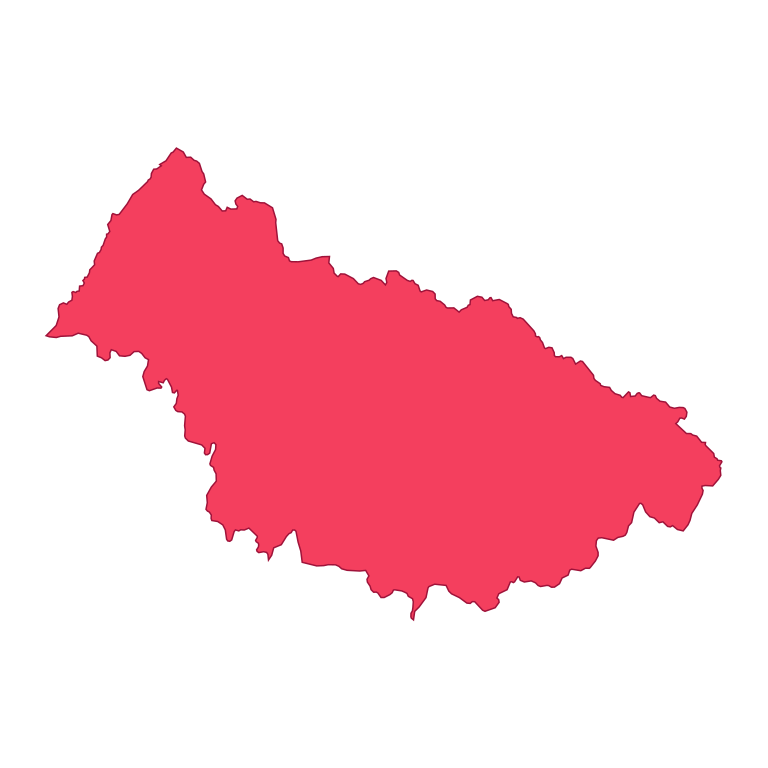 the district of Ambalavao, Haute Matsiatra, Madagascar
{"feature_id": "10022922B7475622417535", "entity_name": "Ambalavao", "entity_type": "district", "adm_level": 2, "iso_a3": "MDG", "parent_name": "Madagascar", "parent_adm1": "Haute Matsiatra", "projection": "orthographic", "projection_center": [46.669, -21.841], "detail": "fine", "context": "isolated", "style": "filled", "palette": "rose", "viewbox_px": 768, "rotation_deg": 0, "n_neighbors": 0, "source": "geoboundaries", "source_scale": "gbopen_adm2", "svg_char_len": 6082}
<svg xmlns="http://www.w3.org/2000/svg" viewBox="0 0 768 768"><path d="M373.5,277.5L370.7,278.7L369.1,280.2L364.6,281.7L363.3,283.3L360.7,284.4L358.3,283.8L353.4,278.6L344.8,274.1L340.7,273.9L338.2,276.6L337.4,276.4L334.1,273.1L333.3,268.4L328.8,262.9L329.5,256.5L322.2,256.7L316.1,258.1L311.2,260.1L298.2,261.8L291.3,261.7L289.5,260.9L288.4,257.6L284.7,256.0L283.1,253.4L283.1,248.0L281.7,243.9L279.6,243.1L277.7,240.7L275.7,222.7L276.0,219.4L272.5,207.8L264.5,202.9L260.4,202.8L256.0,201.4L253.7,201.8L250.0,199.0L247.3,199.3L242.2,195.4L237.0,198.1L235.1,200.9L235.9,204.1L237.7,206.4L236.8,208.9L230.9,209.1L227.2,207.3L225.7,210.8L222.2,211.0L218.4,206.5L215.4,204.7L211.0,198.9L204.3,194.2L201.5,189.9L203.7,184.3L205.6,182.0L203.7,173.9L202.0,171.5L199.4,163.4L196.7,161.1L194.1,160.3L190.7,157.2L186.3,157.4L183.3,152.0L176.4,148.1L173.1,152.1L171.2,153.0L166.0,160.8L159.7,164.5L161.3,165.8L156.6,169.0L153.7,169.2L151.4,173.5L151.1,177.2L150.1,178.9L148.2,180.1L147.6,181.6L138.6,190.3L132.7,194.5L127.2,203.9L119.2,214.4L116.6,214.9L112.9,213.6L112.0,214.6L110.9,220.6L107.7,224.5L109.8,231.5L107.9,233.9L106.6,234.2L106.6,237.1L105.3,238.9L103.1,245.4L101.4,247.2L101.1,249.5L99.4,252.5L97.5,253.3L94.2,261.0L94.6,264.8L89.8,269.8L89.4,272.8L87.2,277.1L84.7,277.4L84.4,279.2L82.9,280.5L84.3,283.0L83.0,285.7L79.6,286.1L79.2,291.0L76.9,291.4L75.8,292.5L73.1,291.6L71.9,292.4L72.4,296.4L71.9,300.2L68.6,302.0L66.8,304.3L63.4,302.9L59.6,304.7L58.1,308.5L59.0,316.9L56.2,325.5L46.1,335.7L49.5,336.8L56.3,337.5L60.6,336.3L72.3,335.8L78.2,333.2L86.7,335.2L88.8,336.6L91.1,340.8L96.9,346.1L97.3,356.1L101.5,357.8L105.1,360.6L108.0,360.0L110.1,357.7L109.9,352.8L111.3,349.7L116.2,351.4L119.5,355.8L125.0,356.3L130.0,355.3L134.1,351.6L138.8,351.4L141.7,353.4L145.1,357.8L148.5,359.6L147.5,366.0L144.2,371.5L142.8,376.6L147.0,389.7L149.4,390.7L157.1,388.0L161.0,388.1L161.7,387.0L158.6,383.4L158.6,381.5L163.2,382.8L164.5,380.3L166.3,378.7L167.5,379.4L171.5,387.1L172.5,392.5L174.4,392.9L176.7,390.3L177.4,390.4L178.2,395.2L176.9,398.7L176.3,403.4L173.8,406.9L175.8,410.4L177.7,411.6L181.9,411.9L184.5,414.0L185.4,416.2L184.6,425.7L185.2,429.9L184.7,435.9L185.4,438.1L188.3,441.0L201.7,444.9L205.0,448.3L204.4,453.0L205.6,454.7L207.6,454.6L209.7,453.1L211.4,443.7L214.1,442.7L215.9,444.6L215.6,449.5L212.1,456.2L209.9,463.9L210.5,465.4L213.6,467.4L214.1,470.1L216.1,473.8L216.3,481.1L211.3,487.1L206.7,495.4L207.3,502.7L206.0,509.3L207.4,511.0L209.4,512.1L211.3,515.0L211.1,518.4L211.8,520.5L217.7,521.5L222.8,524.9L225.3,529.9L226.6,539.2L227.7,540.9L229.8,541.3L231.7,539.9L234.1,531.7L235.4,529.9L238.8,530.9L240.7,529.8L244.3,530.0L248.9,528.1L257.3,536.2L257.3,537.4L255.6,540.4L256.1,541.6L258.4,543.3L258.7,544.9L258.4,547.0L256.6,549.8L257.1,551.4L258.8,552.6L263.6,551.7L266.6,552.4L267.9,554.3L268.5,560.0L271.7,555.2L273.7,547.8L281.3,544.7L286.4,536.5L288.9,533.7L291.2,532.6L292.6,530.1L294.7,530.0L296.0,531.3L298.1,542.1L300.8,551.1L302.2,562.3L316.7,565.9L323.8,565.6L328.1,564.7L335.5,564.8L338.9,566.3L341.7,568.8L347.1,570.3L359.7,571.0L365.7,570.4L368.9,575.9L367.0,579.3L367.4,582.1L370.1,586.2L371.1,589.7L373.6,592.2L376.3,592.1L377.9,593.0L381.0,597.5L384.2,597.5L389.9,594.6L392.2,592.7L393.4,590.1L394.7,589.8L401.7,590.9L404.5,592.1L407.0,593.4L408.3,596.3L412.5,598.7L413.3,601.7L412.9,607.5L412.4,610.9L411.0,613.3L410.9,616.8L411.3,618.1L413.5,619.9L414.7,611.4L419.1,607.0L426.0,597.6L428.0,588.0L428.9,586.6L434.7,584.2L446.1,585.4L448.8,591.1L451.5,593.8L459.4,597.6L466.9,603.1L470.2,603.4L472.3,601.6L474.7,601.7L482.6,610.2L485.0,611.3L495.2,607.7L499.1,602.3L498.7,599.7L496.9,598.0L498.8,593.7L507.1,589.7L510.3,582.0L511.8,581.7L513.3,582.6L514.6,581.8L517.7,576.8L519.1,577.0L520.3,580.3L524.3,582.0L531.2,580.9L535.5,582.8L538.1,585.5L540.5,586.5L546.9,585.4L548.8,585.6L551.4,587.2L554.5,587.1L559.5,583.7L562.1,578.0L568.1,575.1L569.8,570.1L570.6,569.7L571.6,569.2L580.8,570.7L585.5,568.2L589.3,568.3L590.2,567.6L595.4,561.0L598.1,555.8L598.1,552.4L595.9,546.1L596.4,540.7L598.2,538.1L601.8,537.7L613.6,540.2L617.9,537.4L623.0,536.3L625.3,535.1L626.8,532.5L628.5,525.9L631.6,522.6L633.9,512.2L639.5,503.5L640.9,503.3L642.7,504.8L645.6,511.9L649.9,516.7L654.4,518.0L659.2,522.7L662.9,521.8L667.6,526.4L670.3,526.9L672.6,525.6L677.4,529.5L683.2,530.9L688.0,524.8L690.0,520.4L691.8,513.4L697.3,504.9L702.4,494.2L703.1,490.5L701.9,488.1L702.0,486.1L705.2,485.5L712.7,485.9L718.4,479.3L720.8,475.3L720.3,470.5L720.8,468.0L720.0,467.6L719.5,465.8L721.9,461.8L721.4,460.8L717.6,460.2L717.0,458.7L714.4,457.2L713.7,453.5L705.9,445.8L705.2,444.6L705.5,442.5L701.6,442.3L696.7,436.1L692.6,435.0L690.8,433.6L686.4,433.5L675.8,423.6L677.8,421.8L679.8,418.2L681.6,418.0L684.4,419.1L686.3,416.4L686.9,412.2L684.9,408.5L683.3,407.6L679.3,407.4L674.4,408.3L669.7,407.0L665.6,402.1L660.0,401.2L656.6,398.4L655.3,395.6L653.7,395.1L650.6,397.6L649.0,397.4L641.7,395.7L639.6,392.9L638.6,392.8L637.2,393.4L635.2,396.0L630.6,396.5L629.9,392.7L628.5,391.9L623.1,397.6L621.7,397.2L620.2,395.3L615.0,393.7L611.3,390.4L609.6,387.4L604.0,386.7L600.7,385.4L600.2,383.7L595.4,380.4L593.9,378.4L593.5,375.3L582.5,361.5L580.4,361.0L575.6,364.1L572.8,358.5L571.0,357.3L566.0,357.3L563.5,358.6L561.7,355.6L559.3,356.8L555.5,356.7L554.4,355.6L554.2,352.6L552.0,347.8L548.8,347.3L545.6,348.6L544.5,348.0L542.5,342.5L540.4,339.9L539.7,337.6L538.5,336.6L537.3,336.9L535.5,336.0L535.4,333.8L533.9,330.9L523.2,319.1L520.1,317.7L517.3,318.4L516.7,317.5L513.2,316.8L511.5,313.4L511.2,309.3L508.8,306.6L508.3,304.4L507.0,303.5L499.3,299.5L492.7,300.7L491.0,297.6L490.0,297.7L488.2,299.8L484.7,300.5L481.9,297.2L477.4,296.3L470.4,300.0L470.0,304.6L468.3,305.2L467.1,307.3L461.3,309.8L459.1,312.1L453.9,307.9L447.5,308.0L446.1,307.4L444.6,304.9L440.2,301.3L436.7,300.6L435.2,298.8L435.1,294.0L432.7,291.5L426.6,290.0L421.2,291.9L420.0,290.9L418.2,285.3L415.0,283.7L413.1,280.5L411.9,280.3L410.2,281.4L407.3,280.4L399.6,275.0L398.7,272.4L396.3,270.9L388.7,271.1L386.0,278.5L386.8,282.5L385.4,284.9L381.2,280.4L373.5,277.5Z" fill="#f43f5e" stroke="#9f1239" stroke-width="1.5"/></svg>